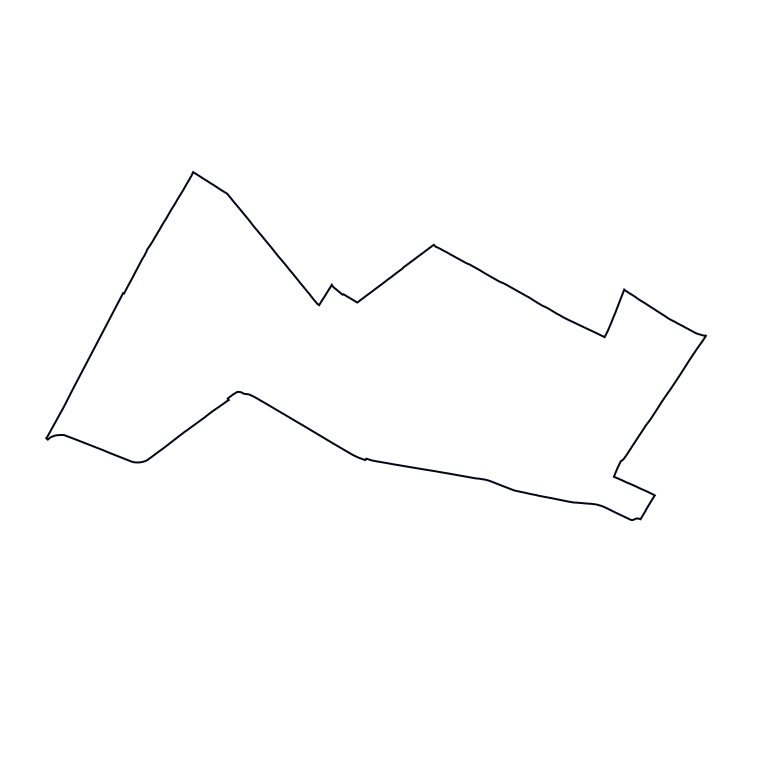 Iztacalco, Distrito Federal, Mexico (orthographic projection), rotated 202°
{"feature_id": "50627088B64976182761554", "entity_name": "Iztacalco", "entity_type": "district", "adm_level": 2, "iso_a3": "MEX", "parent_name": "Mexico", "parent_adm1": "Distrito Federal", "projection": "orthographic", "projection_center": [-99.097, 19.399], "detail": "fine", "context": "isolated", "style": "outline", "palette": "ink", "viewbox_px": 768, "rotation_deg": 202, "n_neighbors": 0, "source": "geoboundaries", "source_scale": "gbopen_adm2", "svg_char_len": 6144}
<svg xmlns="http://www.w3.org/2000/svg" viewBox="0 0 768 768"><g transform="rotate(202 384 384)"><path d="M676.8,207.2L674.9,206.5L674.2,207.7L673.7,208.7L673.2,209.6L672.4,210.5L671.2,211.6L670.1,212.6L669.3,213.2L668.6,213.6L667.8,214.1L667.1,214.5L666.1,214.9L665.1,215.4L663.9,215.9L662.6,216.4L661.8,216.7L661.4,216.8L647.5,217.1L620.0,217.4L612.0,217.3L589.8,217.5L589.2,217.5L587.2,217.7L585.7,218.0L583.6,218.7L581.6,219.6L579.6,220.7L578.2,221.7L576.3,223.2L575.1,224.6L572.3,229.0L570.1,232.7L564.9,241.1L564.2,242.2L558.2,252.5L551.0,264.8L550.6,265.4L550.0,266.4L549.3,267.3L547.4,270.4L545.6,273.3L542.6,278.1L540.3,281.8L537.8,285.8L536.5,288.1L535.3,290.2L532.1,295.5L530.5,297.9L528.9,300.3L526.5,304.0L524.9,306.5L524.1,307.8L523.3,309.1L521.9,311.0L523.3,311.7L523.5,311.9L520.2,317.5L517.1,321.6L515.3,322.4L513.2,322.8L510.0,322.5L509.3,322.7L506.5,323.5L504.6,323.8L504.1,323.7L503.3,323.7L501.0,323.6L496.6,323.1L493.4,322.6L484.6,321.4L473.0,319.6L464.7,318.4L448.9,316.0L443.2,315.2L408.7,309.8L389.6,307.0L386.6,306.6L384.4,306.4L380.1,306.2L378.7,306.2L376.4,306.3L373.4,306.4L372.8,306.5L372.5,308.1L366.6,308.6L361.0,309.7L350.9,311.9L345.0,313.1L338.4,314.6L333.3,315.7L324.3,317.7L318.4,319.0L305.6,321.9L285.7,326.2L263.8,330.8L261.7,331.4L261.2,331.6L260.7,331.8L259.1,332.1L253.9,333.3L250.3,333.7L246.9,333.8L234.9,333.9L223.4,334.1L217.3,335.1L213.8,335.8L207.5,336.8L206.8,336.9L203.3,337.6L202.5,337.8L198.4,338.4L191.3,339.8L186.5,340.8L174.1,343.1L173.9,343.1L168.8,344.1L168.3,344.2L164.0,345.1L160.8,346.2L159.5,346.6L157.9,347.1L156.3,347.6L155.0,348.0L151.3,349.1L146.5,350.7L144.4,351.2L142.6,351.7L140.7,352.0L139.1,352.2L138.7,352.2L136.8,352.4L135.3,352.4L134.9,352.5L132.1,352.3L131.3,352.3L128.7,352.1L127.2,352.0L124.9,351.8L123.2,351.7L122.0,351.6L119.6,351.4L115.6,351.2L112.0,351.0L109.0,350.8L105.8,350.6L103.9,350.5L102.3,351.1L101.6,351.7L100.7,352.8L99.5,353.9L98.0,354.4L96.6,354.7L95.5,354.7L94.0,364.2L93.9,365.9L93.4,369.1L92.1,377.2L91.2,382.2L97.5,382.7L100.9,382.9L105.0,383.0L109.0,383.2L113.8,383.5L118.1,383.6L121.7,383.6L125.3,383.8L129.5,384.0L136.1,384.1L136.0,394.1L135.5,401.1L134.5,402.5L133.6,404.5L132.6,408.6L132.3,410.0L131.0,416.7L130.8,417.9L129.5,424.4L129.3,425.3L128.2,431.1L128.0,432.1L127.7,433.4L125.9,442.4L125.7,443.6L123.7,451.0L123.4,452.5L123.0,454.4L122.2,458.4L121.3,463.3L121.0,464.8L119.8,471.5L118.4,477.9L117.2,483.2L116.8,484.6L115.0,493.1L114.7,494.6L113.1,502.6L112.7,504.5L111.8,509.5L111.3,512.1L111.0,513.6L110.1,518.8L109.0,524.2L106.9,534.2L104.5,544.2L103.4,550.1L103.9,549.2L106.7,548.5L113.0,547.9L115.2,548.1L118.9,548.5L122.2,548.9L125.3,549.2L128.4,549.6L131.7,549.9L132.8,550.0L135.2,550.2L136.8,550.5L138.8,550.7L141.5,550.9L142.3,551.0L145.0,551.3L145.9,551.6L146.2,551.6L146.6,551.7L149.3,552.3L154.3,553.2L154.7,553.3L155.3,553.4L158.5,554.0L160.0,554.3L161.2,554.6L162.1,554.8L162.7,554.8L165.9,555.4L166.9,555.6L168.5,555.9L168.9,556.0L170.4,556.3L171.8,556.6L172.4,556.7L175.7,557.2L176.9,557.4L178.7,557.7L181.9,558.4L183.1,558.8L185.4,559.2L186.2,559.4L189.3,559.9L192.0,560.4L195.7,561.2L196.6,561.5L196.4,546.1L196.2,537.0L196.3,527.8L196.2,526.6L196.4,517.2L197.0,510.1L206.7,510.8L208.7,510.9L210.8,511.0L212.0,511.1L214.0,511.2L216.4,511.3L219.4,511.5L221.4,511.6L223.4,511.7L226.1,511.9L228.0,512.0L228.6,512.1L229.7,512.1L230.5,512.2L230.8,512.2L231.3,512.2L231.6,512.2L232.3,512.3L233.8,512.3L235.0,512.4L237.0,512.5L238.1,512.6L238.8,512.7L240.2,512.8L241.3,512.9L242.6,513.0L243.5,513.1L244.8,513.3L245.6,513.4L246.6,513.6L247.9,513.7L248.6,513.8L249.9,513.9L250.5,514.0L252.2,514.2L252.7,514.3L254.7,514.7L255.1,514.7L257.3,515.1L258.6,515.3L259.7,515.5L261.1,515.6L262.5,515.8L264.4,515.9L264.8,515.9L266.4,515.9L267.2,516.0L268.1,516.2L269.7,516.4L270.9,516.6L272.1,516.8L272.7,516.9L274.3,517.2L275.6,517.4L277.2,517.7L278.7,518.0L280.0,518.3L282.6,518.7L282.8,518.7L283.0,518.7L283.5,518.7L283.8,518.8L284.0,518.8L290.8,519.7L291.1,519.7L294.5,520.1L295.7,520.3L297.1,520.5L297.4,520.5L301.1,521.0L303.5,521.3L305.2,521.5L305.8,521.6L306.1,521.7L308.1,521.9L308.9,522.0L309.4,522.0L310.2,522.1L311.5,522.2L313.4,522.1L314.9,522.2L316.0,522.3L317.5,522.5L318.0,522.5L319.9,522.8L322.0,523.1L324.5,523.4L328.0,523.9L331.7,524.4L334.5,524.8L337.0,525.3L349.7,526.9L350.9,526.8L353.0,526.9L362.2,528.0L364.9,528.3L367.9,528.7L370.9,529.0L373.4,529.4L375.9,529.7L378.2,529.9L380.2,530.1L382.7,530.4L385.3,530.6L387.6,530.7L390.0,531.7L408.0,502.0L409.2,500.2L409.8,498.9L410.2,497.8L414.0,491.6L414.6,490.6L417.0,486.4L419.5,482.4L422.3,477.6L423.9,474.9L425.4,472.5L427.2,469.5L427.9,468.4L429.1,466.3L431.6,462.2L433.0,460.0L434.2,458.0L435.5,455.8L436.9,453.5L437.9,451.8L439.3,449.5L443.3,450.2L446.1,450.6L448.7,451.0L451.3,451.4L453.2,451.7L453.9,451.9L454.7,451.9L455.3,452.0L455.7,451.3L456.8,451.6L467.3,454.9L469.6,456.4L470.1,453.0L471.1,447.6L471.5,445.1L471.6,444.2L472.2,441.2L472.8,437.9L473.7,432.8L476.4,433.5L476.8,433.9L479.5,435.3L480.0,435.5L482.5,436.9L485.1,438.4L485.5,438.7L487.4,439.8L488.8,440.5L489.8,441.0L492.3,442.4L492.8,442.6L495.0,443.9L496.0,444.4L497.6,445.3L499.4,446.2L499.9,446.5L503.0,448.3L507.0,450.5L510.8,452.6L511.2,452.8L514.5,454.5L518.1,456.6L522.3,458.9L525.9,460.8L529.1,462.4L532.2,464.1L539.7,468.4L543.4,470.4L546.4,472.0L549.5,473.7L552.9,475.6L556.4,477.4L559.3,479.0L562.1,480.4L564.7,481.8L567.9,483.8L569.3,484.6L571.4,485.8L574.9,487.7L578.3,489.5L582.1,491.6L591.8,496.8L598.1,500.3L600.7,501.7L604.5,502.3L610.6,503.4L616.8,504.7L620.2,505.2L623.1,505.8L629.3,506.9L635.5,508.1L640.4,508.9L640.5,504.7L640.8,503.4L640.9,501.9L641.9,495.6L642.8,488.6L643.4,485.0L643.8,482.4L644.0,481.7L644.7,477.3L645.0,474.9L645.3,472.8L646.2,467.8L646.6,465.4L648.0,455.1L648.6,452.3L649.4,447.1L649.9,443.1L650.1,441.8L650.5,439.8L650.7,438.0L651.2,434.9L652.0,429.3L652.3,427.6L652.5,426.7L653.1,423.7L653.9,419.9L653.9,417.8L654.2,413.5L655.0,408.9L655.3,405.7L656.1,397.9L656.9,389.7L656.9,389.1L657.2,386.7L658.2,377.8L658.9,370.5L659.9,370.6L666.7,301.5L670.5,263.2L672.3,242.6L676.4,208.6L676.8,207.2Z" fill="none" stroke="#020617" stroke-width="2"/></g></svg>